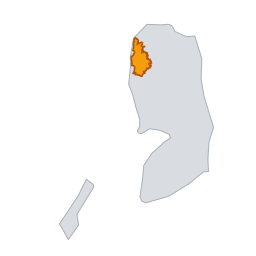 Tulkarm, West Bank, Palestine (highlighted), rotated 349°
{"feature_id": "87354302B17069565895340", "entity_name": "Tulkarm", "entity_type": "district", "adm_level": 2, "iso_a3": "PSE", "parent_name": "Palestine", "parent_adm1": "West Bank", "projection": "robinson", "projection_center": [35.087, 32.327], "detail": "fine", "context": "in_parent", "style": "filled", "palette": "amber", "viewbox_px": 256, "rotation_deg": 349, "n_neighbors": 0, "source": "geoboundaries", "source_scale": "gbopen_adm2", "svg_char_len": 5330}
<svg xmlns="http://www.w3.org/2000/svg" viewBox="0 0 256 256"><g transform="rotate(349 128 128)"><path d="M211.1,50.5L213.7,73.8L209.1,93.7L208.7,111.2L212.1,143.7L204.7,157.4L200.5,173.7L198.7,186.0L193.5,185.5L177.0,194.4L155.1,202.7L130.9,204.9L127.5,202.4L126.6,198.2L133.6,177.5L136.3,167.8L146.8,157.3L161.6,148.3L167.9,146.0L167.2,142.1L158.3,136.1L149.1,132.9L140.3,136.1L137.6,135.1L136.7,132.5L139.8,128.7L141.2,121.8L139.8,110.2L138.9,96.1L137.0,85.2L142.4,67.4L143.8,58.9L150.6,40.8L166.5,29.9L180.3,33.1L187.5,33.9L190.6,36.0L192.6,42.3L202.7,49.5L211.1,50.5ZM77.3,170.4L83.1,176.8L83.3,179.1L61.3,203.2L61.1,213.6L48.2,226.1L44.1,213.7L42.3,209.2L66.0,185.3L77.3,170.4Z" fill="#d9dde1" stroke="#a8b0b8" stroke-width="1"/><path d="M157.8,52.7L158.1,52.1L158.6,51.6L158.8,51.5L159.8,51.5L159.9,51.4L159.9,51.1L159.7,50.9L159.3,50.8L158.2,51.0L158.0,50.9L157.8,51.0L157.7,51.1L157.3,50.6L157.2,50.6L157.0,50.4L157.1,50.2L156.9,50.2L156.7,50.1L157.0,49.7L156.9,49.4L157.4,48.7L158.1,48.4L158.3,47.4L158.0,46.9L158.3,46.7L158.2,46.6L157.6,46.4L157.5,46.5L155.4,46.9L154.6,47.2L153.7,46.9L153.7,47.2L153.5,47.3L153.2,47.5L153.3,47.0L153.6,46.8L153.7,46.6L153.6,46.3L153.7,45.9L154.0,46.1L154.3,46.1L154.4,45.6L154.2,45.4L154.5,45.0L154.6,44.9L154.7,44.5L154.9,43.8L154.5,43.0L154.3,42.7L153.9,42.6L153.7,42.6L153.4,42.5L153.5,42.3L153.7,42.1L153.6,41.9L153.6,41.7L153.3,41.6L153.1,41.6L152.7,41.2L152.7,41.3L152.3,41.4L151.9,41.2L151.7,41.2L151.5,41.8L150.9,42.1L150.7,42.5L150.7,43.4L150.6,43.7L150.2,44.0L150.3,44.1L150.2,44.1L150.1,44.3L150.1,44.5L149.9,45.4L149.6,46.0L149.5,46.3L149.6,46.8L149.3,47.1L149.1,47.4L149.2,48.0L149.3,48.0L149.2,49.4L148.6,50.3L148.6,50.7L148.4,51.1L148.3,51.3L148.1,51.4L148.1,51.5L147.8,52.1L147.5,52.7L147.7,53.1L148.3,53.2L148.6,53.3L148.9,54.7L148.8,55.0L148.5,55.8L148.2,55.9L147.9,56.1L147.6,56.4L147.6,56.6L147.7,57.1L147.5,57.4L146.9,57.7L146.3,57.7L146.0,57.6L145.9,58.6L145.0,58.5L144.5,58.9L144.4,62.4L144.3,62.9L144.4,63.7L144.3,64.1L144.2,64.1L144.2,63.6L144.1,64.2L143.8,65.5L144.1,65.7L143.6,67.4L143.7,67.5L144.1,67.6L144.3,67.6L144.5,67.5L145.0,67.7L145.1,67.9L145.3,68.0L145.4,68.3L145.7,68.5L146.3,69.7L146.1,70.0L146.0,70.5L145.8,70.6L145.5,71.2L145.5,72.2L144.9,73.1L145.0,73.5L144.9,74.1L145.0,74.3L144.7,74.4L144.3,74.1L144.0,74.4L143.9,74.5L143.8,74.8L143.4,75.4L143.7,75.5L143.8,75.1L144.2,75.2L144.4,75.4L144.7,75.4L144.7,75.2L144.3,75.1L144.7,75.1L144.9,75.1L145.0,75.0L145.3,75.0L145.6,75.0L145.9,75.1L145.7,75.5L145.9,75.5L145.7,75.9L145.9,75.8L146.0,76.0L145.8,76.4L145.5,76.3L145.6,76.5L145.5,76.9L145.6,77.1L146.1,77.3L146.6,77.3L146.9,77.4L147.3,77.4L147.7,77.8L147.9,77.6L148.0,77.7L148.4,77.8L148.7,77.9L148.6,78.0L148.7,78.4L149.6,78.9L149.8,78.9L149.9,79.0L150.1,79.2L150.3,79.5L150.7,79.3L150.9,79.5L151.3,79.6L151.4,79.9L151.6,79.9L151.7,79.7L151.6,79.4L151.6,79.2L151.8,79.0L152.2,78.9L152.4,78.4L153.1,77.9L153.4,77.6L153.8,77.5L153.7,77.1L153.8,77.0L154.2,77.2L154.2,76.8L154.7,77.1L154.7,77.3L155.1,77.3L155.1,76.9L154.8,76.7L154.4,76.3L154.2,75.6L154.6,75.8L154.9,75.9L155.5,75.8L155.6,75.6L155.8,75.6L155.9,75.4L156.2,75.4L156.3,75.1L156.8,75.0L156.8,74.6L156.7,74.4L157.0,74.2L157.3,74.2L157.7,73.6L158.0,73.6L158.1,73.4L158.2,73.6L158.4,73.8L159.1,73.8L159.2,73.6L159.1,73.4L158.8,73.1L159.0,73.1L159.7,72.9L159.8,72.9L159.9,73.0L160.7,73.3L160.7,73.0L161.1,72.7L161.4,72.3L161.4,72.1L162.2,71.9L162.3,71.7L162.6,71.3L162.6,71.1L162.4,70.9L162.5,70.7L162.3,70.6L162.0,70.6L161.9,70.4L161.7,70.6L162.0,70.8L161.5,70.9L161.4,70.5L161.5,70.3L161.3,70.1L161.2,70.2L161.2,69.9L161.3,69.6L161.1,69.3L160.9,69.6L160.7,69.4L160.8,69.1L161.0,68.7L160.9,68.5L161.0,68.5L161.2,68.8L161.4,68.5L161.7,68.4L161.8,68.6L162.0,68.5L162.3,68.7L162.2,68.8L162.5,68.9L163.0,68.8L163.0,68.7L162.8,68.6L163.0,68.5L163.2,68.3L163.4,68.4L163.4,68.1L162.7,68.2L162.4,67.9L162.6,68.0L162.8,68.0L162.9,67.8L162.9,67.6L163.1,67.5L163.1,67.3L163.3,67.2L163.1,66.9L163.0,67.0L162.9,67.0L162.8,66.8L162.7,66.6L162.9,66.7L163.0,66.5L162.8,66.5L162.8,66.3L162.6,66.3L162.7,66.0L162.6,65.8L162.7,65.7L162.5,65.8L162.4,65.8L162.1,65.8L162.3,65.7L162.4,65.4L162.7,64.9L162.1,64.8L162.1,65.1L161.8,65.2L161.7,65.1L161.4,64.8L161.6,64.6L161.3,64.4L161.0,64.4L160.7,64.2L160.8,64.0L160.2,64.1L160.0,63.5L160.3,63.2L160.2,63.1L159.8,63.5L159.7,63.4L159.8,63.2L159.8,62.9L160.2,62.8L160.1,62.5L160.3,62.3L160.3,62.1L160.5,61.9L160.8,61.9L161.0,61.8L161.0,61.3L161.0,61.1L160.8,61.0L160.6,61.1L160.6,61.3L160.2,61.3L160.0,61.1L160.1,60.9L160.4,61.0L160.5,60.9L160.6,61.0L160.6,60.9L161.3,60.9L161.3,60.7L161.5,60.4L161.4,60.3L161.3,60.1L160.9,60.2L161.0,60.0L161.3,60.0L161.1,59.5L160.9,59.5L160.9,59.3L160.6,59.3L160.7,59.1L160.6,58.9L160.9,59.0L160.9,58.8L161.1,58.7L161.4,58.2L161.7,58.2L161.1,57.9L160.8,58.2L160.0,57.7L159.9,57.7L160.1,57.1L158.9,56.8L158.5,56.4L158.4,55.9L158.1,55.8L157.8,55.9L157.5,55.8L157.3,55.9L157.2,56.3L156.9,56.1L156.7,56.2L156.7,56.7L156.4,56.6L156.0,56.7L156.2,56.1L156.5,56.0L156.6,55.9L156.8,55.7L157.0,55.8L156.8,55.4L157.1,55.6L157.0,55.4L157.4,55.2L157.6,55.2L157.8,55.0L157.8,54.8L158.1,54.7L157.9,54.7L157.7,54.8L157.5,54.7L157.5,54.4L157.5,54.1L157.4,54.0L157.2,54.1L157.0,53.7L157.0,53.4L156.8,53.4L156.8,53.2L157.0,53.0L157.1,52.9L157.3,53.1L157.2,52.9L157.5,52.7L157.8,52.7Z" fill="#f59e0b" stroke="#b45309" stroke-width="1.5"/></g></svg>